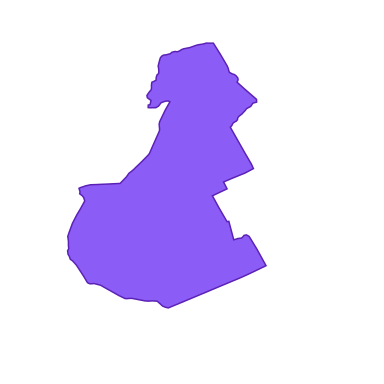 outline of Westlands, Nairobi, Kenya, rotated 125°
{"feature_id": "3690345B99886458952319", "entity_name": "Westlands", "entity_type": "district", "adm_level": 2, "iso_a3": "KEN", "parent_name": "Kenya", "parent_adm1": "Nairobi", "projection": "robinson", "projection_center": [36.774, -1.232], "detail": "fine", "context": "isolated", "style": "filled", "palette": "violet", "viewbox_px": 384, "rotation_deg": 125, "n_neighbors": 0, "source": "geoboundaries", "source_scale": "gbopen_adm2", "svg_char_len": 2320}
<svg xmlns="http://www.w3.org/2000/svg" viewBox="0 0 384 384"><g transform="rotate(125 192 192)"><path d="M89.0,288.6L91.2,289.1L92.8,290.5L94.4,291.8L96.0,293.7L97.9,294.7L100.0,294.9L102.1,294.3L104.3,293.5L106.1,292.8L108.2,292.0L110.2,290.0L112.1,288.5L114.1,287.3L116.1,287.8L118.6,287.1L120.9,285.6L123.1,286.6L125.1,287.8L126.9,287.0L128.6,285.9L130.1,284.8L131.6,284.1L133.5,284.3L135.9,284.4L138.8,284.3L140.4,282.7L140.5,280.2L140.5,278.1L142.4,277.3L144.5,276.5L145.9,277.7L148.0,276.3L146.9,274.4L145.4,272.4L143.7,270.0L140.9,268.7L139.1,268.6L137.1,268.6L135.5,267.8L132.8,265.8L131.0,263.6L130.8,261.8L140.3,260.9L153.0,258.8L155.3,257.8L159.0,254.7L160.5,253.8L162.8,253.3L176.7,250.6L184.7,249.0L186.5,249.0L196.7,250.7L203.6,252.1L207.0,252.7L210.0,253.5L212.8,254.4L217.1,254.4L226.2,255.8L234.3,266.2L238.8,272.1L240.6,274.4L244.3,279.3L248.2,282.9L249.9,284.0L251.9,285.6L253.8,286.7L256.1,283.8L257.9,283.0L258.0,279.8L258.7,277.5L260.9,274.7L264.7,274.3L270.3,273.7L276.4,273.3L286.1,272.0L295.6,269.5L299.6,268.3L303.2,265.0L306.9,262.4L309.1,260.5L311.5,260.2L314.2,257.7L314.9,255.9L316.9,253.1L316.9,250.4L318.2,244.8L323.0,232.8L326.2,225.7L325.9,223.3L324.8,221.6L323.2,219.8L320.8,213.4L320.6,211.1L320.0,204.9L318.8,192.8L317.7,185.8L316.7,184.1L315.0,182.2L313.5,180.0L311.1,174.6L308.1,167.9L306.4,165.1L303.9,162.0L301.4,157.8L302.3,150.6L301.6,147.5L300.5,144.9L282.4,133.4L233.4,102.5L226.3,98.3L209.9,89.1L201.6,106.0L196.3,118.1L195.6,119.9L195.9,122.8L197.7,124.5L199.5,124.6L201.4,125.0L202.8,126.7L204.0,127.9L205.5,129.0L207.2,130.4L194.9,145.0L196.2,146.3L189.3,161.2L183.4,173.1L169.3,165.1L165.7,171.9L158.1,167.2L149.1,161.4L146.2,159.5L137.6,155.1L136.2,157.5L135.1,159.3L129.2,172.1L117.0,197.7L114.7,197.5L112.2,197.9L110.1,197.2L108.6,196.4L106.8,196.2L104.9,197.1L102.8,196.9L99.3,195.8L97.6,195.6L95.0,195.2L92.4,195.1L90.2,194.0L88.3,193.0L86.4,193.0L84.5,193.2L81.3,190.6L79.1,192.3L77.4,208.5L76.2,218.0L73.6,218.6L72.3,219.9L71.5,222.7L71.5,224.8L72.2,226.8L72.5,230.1L71.3,231.7L70.0,233.2L68.5,235.6L63.0,247.6L57.8,259.9L60.1,263.1L61.8,265.7L64.2,267.6L65.7,269.1L67.2,270.7L68.9,272.3L70.4,273.4L72.4,274.8L74.9,276.6L77.1,278.7L79.6,281.1L81.4,282.3L83.6,283.1L85.7,284.6L86.6,286.5L89.0,288.6Z" fill="#8b5cf6" stroke="#5b21b6" stroke-width="1.5"/></g></svg>